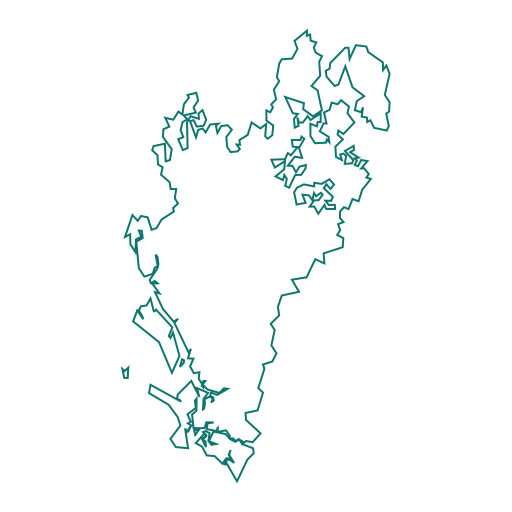 outline of Tolé, Chiriquí, Panama
{"feature_id": "35544464B42415898156118", "entity_name": "Tolé", "entity_type": "district", "adm_level": 2, "iso_a3": "PAN", "parent_name": "Panama", "parent_adm1": "Chiriquí", "projection": "natural_earth1", "projection_center": [-81.647, 8.186], "detail": "fine", "context": "isolated", "style": "outline", "palette": "teal", "viewbox_px": 512, "rotation_deg": 0, "n_neighbors": 0, "source": "geoboundaries", "source_scale": "gbopen_adm2", "svg_char_len": 6092}
<svg xmlns="http://www.w3.org/2000/svg" viewBox="0 0 512 512"><path d="M161.5,219.6L156.6,228.0L151.6,229.8L147.7,217.4L141.0,216.0L137.8,220.8L132.4,215.1L125.0,237.0L130.2,234.3L130.4,244.4L135.4,252.0L136.0,239.3L141.3,236.8L138.8,230.6L141.8,230.8L142.7,238.0L136.3,241.7L138.8,268.1L144.4,276.6L152.8,273.8L154.6,267.9L157.7,265.9L155.6,254.6L157.5,257.0L158.4,264.0L157.4,268.5L149.6,280.1L151.1,283.3L154.7,281.0L157.6,283.3L152.3,283.6L159.5,293.4L155.0,292.1L163.0,309.1L173.7,321.7L178.1,318.8L174.4,322.8L188.6,352.6L190.9,348.8L188.0,358.4L193.4,358.7L190.1,366.4L193.7,373.1L199.4,372.3L198.7,378.9L201.6,383.2L203.6,381.0L205.3,381.0L202.6,384.5L207.5,389.5L219.4,392.9L224.0,388.3L227.7,388.8L217.1,394.9L211.1,392.7L210.0,396.0L213.1,397.3L213.8,400.3L211.2,402.5L213.0,398.0L209.1,396.9L204.5,399.0L205.0,403.3L204.1,408.5L203.0,409.3L203.5,398.9L208.1,392.9L197.0,388.1L199.3,396.8L191.3,380.9L177.8,394.5L176.9,399.0L179.6,399.8L181.1,401.6L150.5,384.8L149.0,393.1L168.6,404.7L177.8,417.2L180.4,425.5L170.4,438.9L175.9,447.1L188.1,448.2L185.1,428.4L187.0,431.7L190.5,426.3L187.7,432.3L191.3,425.5L187.9,423.3L190.8,421.8L187.5,414.3L195.9,407.8L194.9,400.7L196.6,398.6L196.4,410.8L192.1,414.5L193.5,428.1L204.6,428.1L206.4,422.3L213.7,422.5L207.6,423.3L206.8,429.1L216.9,431.1L217.4,428.1L217.9,427.7L217.5,431.8L226.0,430.4L229.8,435.8L229.4,438.2L233.3,438.5L235.3,441.1L238.7,439.1L242.7,441.6L242.6,443.8L246.0,441.0L252.6,442.2L260.6,433.4L246.0,419.9L245.6,413.0L257.6,410.4L263.0,392.6L258.3,388.1L264.4,368.8L263.0,364.5L272.3,361.5L276.5,353.3L271.4,345.4L274.7,330.0L270.7,323.9L279.2,315.3L277.9,306.9L281.8,295.5L299.0,291.8L291.9,279.7L306.6,277.3L315.3,259.2L324.4,263.4L323.6,253.4L342.7,247.2L343.3,238.1L337.2,235.0L340.1,230.2L338.1,224.1L343.5,222.1L339.9,217.9L340.1,211.5L344.0,207.2L348.6,209.1L352.5,199.0L358.6,201.3L362.2,189.7L370.8,179.0L366.4,177.5L368.8,174.1L364.2,168.3L361.2,168.5L367.5,161.1L361.2,160.0L358.0,166.3L354.6,164.8L356.9,160.6L354.7,158.4L358.7,157.6L350.1,152.2L354.0,149.9L353.7,145.9L344.9,151.0L353.3,160.2L352.0,163.3L344.8,163.9L346.1,155.7L343.3,153.6L340.2,154.5L341.9,160.0L336.0,156.9L335.4,146.6L342.9,139.4L337.6,134.5L338.4,130.6L343.4,134.0L354.4,122.5L347.5,113.3L348.9,106.5L341.1,100.2L337.7,104.2L331.6,102.7L329.6,109.8L324.0,112.5L326.5,123.5L323.6,123.3L319.8,131.4L328.6,136.8L329.3,142.2L326.8,139.6L325.9,142.7L315.0,143.2L310.4,136.0L310.4,123.7L316.9,126.3L317.6,122.1L320.7,122.0L320.6,113.4L310.5,120.0L307.7,116.1L302.9,122.5L299.0,122.6L297.3,117.4L298.6,125.9L294.7,127.6L294.0,118.8L297.8,114.0L292.8,113.2L285.2,97.0L303.9,103.2L303.2,109.2L313.1,116.4L321.9,110.3L317.6,90.4L311.5,86.0L320.2,75.7L319.2,61.9L322.0,56.1L315.7,52.6L313.8,47.6L316.3,42.4L310.7,40.7L310.1,34.5L306.8,35.8L306.9,30.7L294.5,40.9L297.5,48.8L292.1,58.6L281.7,59.3L279.2,63.7L276.9,77.3L279.2,81.3L273.9,89.5L276.1,99.4L271.2,104.4L273.0,107.4L270.2,112.3L266.4,110.4L266.4,120.5L273.2,125.5L272.3,135.2L267.7,138.8L265.2,136.2L266.2,124.0L260.4,128.4L251.6,122.5L247.7,134.9L239.4,140.1L240.0,144.8L236.7,144.5L239.8,149.0L237.6,151.4L230.6,152.1L227.2,147.1L226.3,137.1L231.8,129.7L227.6,125.2L221.2,126.1L217.4,132.9L215.9,125.8L218.3,123.7L210.2,124.5L205.6,132.4L202.7,128.4L198.2,129.9L196.0,137.4L190.0,121.1L193.7,120.2L196.8,126.6L203.6,125.7L206.2,119.8L202.5,110.1L198.5,113.5L198.9,118.8L190.6,116.2L187.0,122.5L187.6,148.0L182.8,150.1L178.2,139.1L183.3,137.2L180.6,130.0L182.5,122.2L187.4,119.2L183.6,115.4L195.8,112.7L193.6,107.3L198.1,100.5L196.3,92.8L187.5,95.0L189.0,97.5L183.9,104.3L182.4,114.5L178.4,111.6L173.3,119.7L165.3,117.8L169.3,126.6L163.4,129.3L162.9,136.9L171.7,149.1L169.9,160.1L165.7,161.3L164.9,143.7L153.6,146.1L152.2,150.3L157.5,155.2L158.0,164.4L162.6,167.3L161.0,174.7L169.6,182.1L170.7,189.1L176.2,189.0L174.8,198.3L178.0,203.5L173.1,208.1L173.9,211.5L161.5,219.6ZM296.6,204.5L294.1,192.3L297.0,187.7L303.8,184.4L314.2,186.4L314.3,182.8L321.5,183.9L329.5,179.3L334.1,184.6L330.5,188.9L326.3,184.1L323.9,188.3L332.9,196.8L331.1,200.8L325.4,200.7L328.9,205.1L334.8,204.8L335.1,209.0L326.1,208.9L324.5,204.9L318.3,213.7L314.2,206.5L309.7,206.6L314.1,200.4L318.7,200.1L322.6,194.7L320.9,192.8L316.0,196.3L314.0,193.0L312.4,200.2L308.9,195.3L302.5,194.7L305.6,202.9L296.6,204.5ZM271.4,159.7L285.0,159.2L287.8,153.1L290.9,155.4L297.6,147.1L292.7,146.6L291.8,139.9L300.5,140.0L301.5,136.6L304.3,138.8L299.0,147.9L302.1,157.9L294.8,156.7L287.9,165.7L292.4,165.8L296.0,172.3L299.4,166.7L305.9,165.0L305.5,168.5L301.2,174.8L295.2,175.0L289.1,187.7L285.2,185.8L286.8,179.0L284.3,174.9L283.0,180.1L275.5,176.4L284.2,169.3L285.0,161.1L274.8,167.5L271.4,159.7ZM374.2,127.9L386.8,130.5L388.8,126.0L386.2,113.6L389.1,111.6L389.6,102.3L384.8,94.9L389.6,73.8L386.4,65.5L383.1,70.1L382.8,62.3L368.3,52.2L366.3,46.5L355.9,45.2L349.6,59.0L348.5,47.8L345.3,47.7L330.2,63.1L329.6,68.7L325.7,70.9L326.6,76.8L334.7,86.0L338.5,84.4L345.3,66.3L352.5,87.3L364.2,96.2L356.8,101.1L354.9,110.2L360.9,112.2L363.0,107.4L361.7,116.6L366.9,117.6L367.2,122.0L370.4,120.3L374.2,127.9ZM253.1,448.3L242.1,444.0L239.2,439.6L235.3,441.8L229.9,439.0L225.6,434.0L213.4,431.6L208.9,441.3L216.1,444.0L211.5,444.8L208.4,441.0L209.6,433.2L205.6,431.0L203.1,432.1L206.3,435.0L206.3,436.2L202.6,439.6L205.5,441.4L206.0,447.1L202.0,438.9L206.0,436.1L204.3,433.6L195.8,443.1L202.0,446.6L206.8,455.4L214.6,456.1L222.4,463.7L226.2,458.4L230.6,458.6L228.7,454.7L230.7,450.0L229.1,454.9L234.1,462.9L228.7,459.2L225.7,461.7L237.0,481.3L247.3,459.7L253.7,453.3L253.1,448.3ZM153.8,311.3L150.5,298.5L146.5,305.5L140.9,306.3L138.9,310.5L142.5,316.6L143.2,319.2L137.3,310.4L133.1,321.4L159.0,342.1L171.9,372.8L179.5,356.0L173.0,332.6L170.5,338.0L168.8,336.0L172.4,327.5L156.1,309.6L154.9,311.1L153.8,311.3ZM128.3,367.6L124.6,371.1L122.4,369.0L124.2,377.8L127.7,378.0L128.3,367.6ZM198.9,429.8L194.1,430.3L195.3,434.9L198.9,429.8ZM179.9,366.9L183.7,363.0L184.1,360.3L182.1,359.3L179.9,366.9ZM224.6,464.2L226.6,464.5L225.0,463.3L224.6,464.2ZM203.0,387.2L202.9,385.8L201.2,385.1L203.0,387.2Z" fill="none" stroke="#0f766e" stroke-width="2"/></svg>